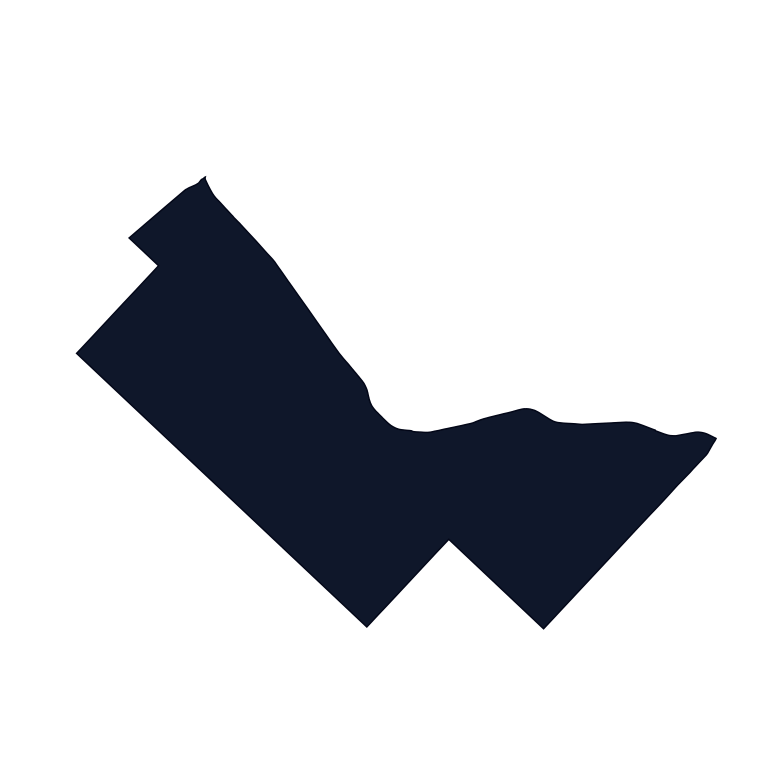 the district of 15 Mayu, Al Qahirah, Egypt, rotated 134°
{"feature_id": "37247803B58448533869188", "entity_name": "15 Mayu", "entity_type": "district", "adm_level": 2, "iso_a3": "EGY", "parent_name": "Egypt", "parent_adm1": "Al Qahirah", "projection": "equal_earth", "projection_center": [31.348, 29.853], "detail": "fine", "context": "isolated", "style": "filled", "palette": "ink", "viewbox_px": 768, "rotation_deg": 134, "n_neighbors": 0, "source": "geoboundaries", "source_scale": "gbopen_adm2", "svg_char_len": 5822}
<svg xmlns="http://www.w3.org/2000/svg" viewBox="0 0 768 768"><g transform="rotate(134 384 384)"><path d="M456.0,668.8L455.5,628.3L472.6,628.0L489.8,627.7L506.9,627.5L524.1,627.2L541.2,626.9L558.4,626.6L575.5,626.4L573.3,447.6L570.7,227.6L553.5,227.9L536.4,228.1L519.2,228.4L502.1,228.7L484.9,229.0L467.8,229.3L450.7,229.5L449.2,99.2L346.5,100.9L315.2,101.5L293.5,101.8L278.4,101.9L268.8,102.1L253.0,102.6L234.8,102.5L230.3,102.7L222.6,102.8L211.2,102.9L208.9,103.2L198.9,105.8L194.7,106.6L193.0,107.1L192.5,107.3L192.8,108.4L193.0,108.8L193.4,110.1L193.7,111.2L194.0,112.0L194.5,113.7L194.9,114.8L195.2,115.8L195.7,117.1L196.2,118.2L196.6,119.1L197.2,120.1L197.6,120.8L198.1,121.6L198.6,122.3L198.9,122.7L199.3,123.2L200.3,124.5L201.0,125.2L201.5,125.6L201.8,126.0L202.2,126.3L202.8,126.8L204.3,127.8L205.3,128.6L205.6,128.8L206.5,129.5L207.3,130.0L207.6,130.2L208.3,130.7L209.2,131.3L212.6,133.8L215.3,135.7L217.8,137.5L218.7,138.2L220.1,139.7L222.1,142.0L223.1,143.4L224.0,145.0L225.5,148.0L228.0,153.7L229.1,156.3L229.0,156.6L228.8,156.8L229.7,158.8L230.3,160.2L231.7,163.5L233.9,168.7L236.6,174.6L237.6,176.2L238.9,178.2L240.2,179.9L243.4,183.4L246.6,186.4L251.5,191.0L252.8,192.2L253.1,192.5L253.6,192.9L255.4,194.6L264.1,202.8L275.5,213.4L278.5,217.1L279.7,218.6L281.9,221.2L286.0,225.9L287.6,227.8L291.0,232.2L291.2,232.5L291.9,233.7L292.3,234.4L292.8,235.5L293.4,236.9L293.8,238.4L294.4,240.6L295.0,243.5L296.0,248.3L296.4,250.2L296.8,252.0L297.1,253.3L297.5,254.6L297.8,255.6L298.1,256.6L298.6,257.8L299.0,258.5L299.5,259.5L300.0,260.3L300.4,261.1L301.1,262.1L301.7,262.9L302.3,263.6L303.0,264.4L303.4,264.7L303.9,265.3L304.6,266.0L305.6,266.8L306.6,267.5L308.0,268.4L309.7,269.5L311.5,270.5L313.0,271.4L313.7,271.8L314.6,272.3L316.2,273.3L318.5,274.7L320.0,275.7L322.4,277.3L325.5,279.2L329.1,281.5L331.2,282.8L335.0,285.2L336.9,286.3L339.7,288.0L341.2,288.8L342.7,289.6L344.2,290.3L345.7,291.0L347.2,291.7L348.7,292.3L350.4,293.1L352.9,294.6L355.4,296.3L357.7,297.8L360.2,299.4L363.4,301.6L366.4,303.6L369.3,305.6L372.0,307.4L374.4,309.1L376.7,310.6L379.4,312.3L381.2,313.6L383.0,314.9L384.3,315.7L386.2,317.0L387.9,318.4L389.0,319.5L390.1,320.6L391.4,322.1L392.8,323.8L394.3,325.5L396.4,327.9L397.1,328.8L398.0,330.0L398.7,331.9L399.9,333.5L401.0,334.8L401.9,335.9L402.6,336.8L403.3,337.7L403.8,338.4L404.3,339.0L404.7,339.5L405.0,340.0L405.3,340.4L405.6,340.8L405.8,341.2L406.1,341.6L406.3,341.9L406.4,342.2L406.6,342.6L406.8,342.9L406.9,343.3L407.1,343.6L407.3,344.0L407.4,344.4L407.6,344.8L407.7,345.2L407.9,345.6L408.0,346.0L408.1,346.5L408.3,346.9L408.4,347.3L408.5,347.8L408.6,348.2L408.7,348.6L408.8,349.1L408.9,349.5L409.0,349.9L409.1,350.4L409.1,350.9L409.2,351.3L409.2,351.8L409.3,352.3L409.3,352.9L409.3,353.4L409.4,354.0L409.4,354.6L409.4,355.2L409.4,355.8L409.4,356.5L409.4,357.3L409.4,358.0L409.4,358.5L409.4,358.9L409.4,359.7L409.4,360.1L409.4,360.7L409.4,361.6L409.3,362.7L409.3,363.8L409.3,365.1L409.3,366.4L409.2,367.8L409.2,370.9L409.1,372.0L409.0,372.5L409.0,373.0L408.9,373.8L408.8,374.5L408.7,375.2L408.6,375.7L408.5,376.2L408.5,376.6L408.4,376.8L408.3,377.1L408.3,377.3L408.2,377.6L408.1,377.9L408.0,378.2L407.9,378.5L407.7,379.0L407.6,379.3L407.5,379.5L407.4,379.8L407.3,380.0L407.2,380.3L407.1,380.6L407.0,380.8L406.9,381.1L406.7,381.4L406.6,381.6L406.4,381.9L406.3,382.2L406.2,382.4L406.1,382.5L406.0,382.8L405.9,382.9L405.8,383.1L405.7,383.3L405.5,383.7L405.3,384.0L405.1,384.3L405.0,384.6L404.8,384.9L404.6,385.2L404.4,385.4L404.4,385.5L404.2,385.7L404.0,386.0L403.9,386.3L403.7,386.6L403.5,386.9L403.3,387.2L403.1,387.4L403.1,387.5L402.7,388.1L402.4,388.5L402.2,388.8L402.0,389.1L401.9,389.3L401.7,389.5L401.6,389.8L401.4,390.0L401.2,390.5L400.9,390.8L400.8,391.0L400.7,391.2L400.6,391.3L400.5,391.5L400.4,391.7L400.3,391.9L400.2,392.1L400.0,392.3L399.9,392.6L399.8,392.9L399.6,393.2L399.6,393.3L399.5,393.6L399.4,393.8L399.2,394.1L399.1,394.4L399.0,394.8L398.8,395.1L398.8,395.3L398.7,395.5L398.6,395.8L398.4,396.2L398.3,396.5L398.2,396.8L398.1,397.1L398.0,397.4L397.9,397.7L397.8,397.9L397.7,398.2L397.7,398.4L397.6,398.7L397.5,398.9L397.5,399.1L397.4,399.4L397.4,399.6L397.3,399.9L397.3,400.1L397.2,400.7L397.1,401.0L397.0,401.6L396.9,402.3L396.9,402.6L396.8,403.2L396.8,403.5L396.7,403.9L396.7,404.2L396.6,404.8L396.6,405.1L396.5,405.8L396.3,407.0L396.3,407.3L396.2,407.9L396.2,408.1L396.2,408.3L396.2,408.5L396.1,409.3L396.0,410.2L395.9,410.5L395.9,410.8L395.9,411.1L395.8,411.9L395.7,412.2L395.7,412.8L395.7,413.1L395.6,413.6L395.6,414.0L395.5,414.5L395.5,414.8L395.4,415.5L395.4,415.8L395.3,416.1L395.3,416.7L395.3,417.0L395.2,417.3L395.2,417.5L395.2,417.8L395.1,418.6L395.0,418.9L395.0,419.1L395.0,419.7L394.9,420.0L394.9,420.5L394.8,420.8L394.8,421.2L394.8,421.5L394.7,421.8L394.6,422.4L394.6,422.9L394.6,423.1L394.5,423.4L394.5,423.8L394.5,424.2L394.4,424.4L394.4,425.2L394.3,425.8L394.3,426.6L394.2,427.5L394.1,428.6L394.0,429.9L393.8,431.8L393.1,437.6L392.4,441.5L390.9,449.7L388.5,461.7L388.3,462.9L385.6,477.0L385.1,479.5L382.7,491.8L379.8,507.4L377.1,521.6L376.6,524.5L375.5,529.9L374.1,537.1L373.6,539.9L372.7,544.6L372.1,547.4L371.9,549.2L371.7,550.8L371.3,558.7L370.0,576.3L369.9,578.4L369.4,588.2L368.8,598.5L368.7,599.1L368.7,601.8L368.6,605.2L368.6,607.2L368.3,609.7L368.3,611.1L368.2,612.5L368.0,615.9L367.8,620.1L367.4,626.3L367.2,629.8L367.2,631.3L367.2,631.5L367.1,634.0L366.7,637.1L366.1,639.9L364.8,644.2L363.3,648.7L361.1,654.5L360.4,655.5L360.1,655.8L359.3,656.3L360.1,656.6L361.3,656.6L361.7,656.6L362.3,656.8L362.9,657.1L363.7,657.3L364.8,657.3L366.0,657.1L367.3,657.0L367.9,656.9L368.6,657.0L369.8,657.3L370.5,657.5L371.1,657.6L372.9,658.3L376.3,659.7L377.7,660.3L377.9,660.4L379.1,660.8L380.2,661.1L380.9,661.3L381.4,661.5L382.1,661.7L382.8,661.8L383.5,661.9L408.0,664.3L456.0,668.8Z" fill="#0f172a" stroke="#020617" stroke-width="1.5"/></g></svg>